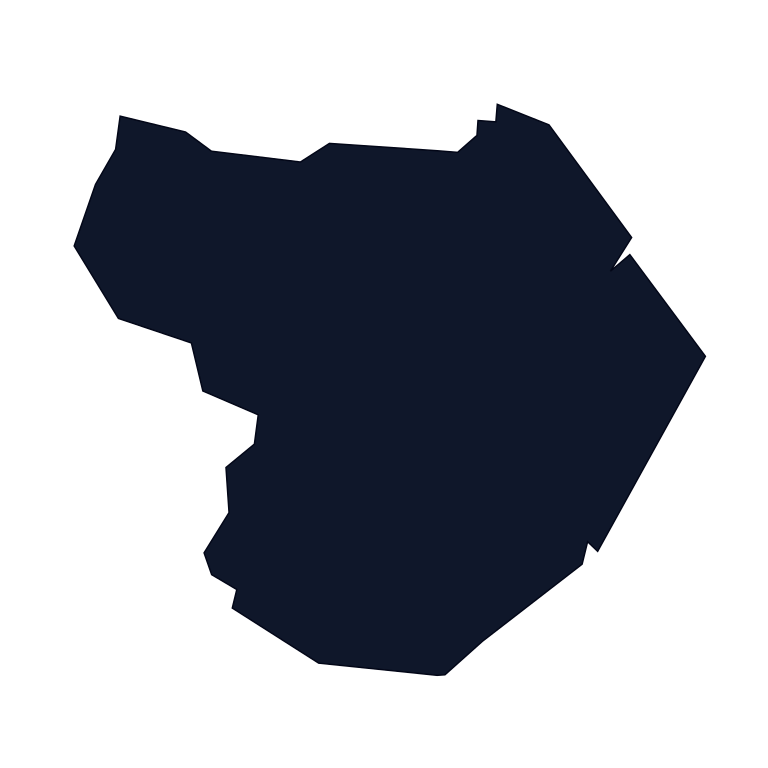 Lumpkin, Georgia, United States of America, rotated 274°
{"feature_id": "52423323B56072812180276", "entity_name": "Lumpkin", "entity_type": "district", "adm_level": 2, "iso_a3": "USA", "parent_name": "United States of America", "parent_adm1": "Georgia", "projection": "natural_earth1", "projection_center": [-83.992, 34.58], "detail": "fine", "context": "isolated", "style": "filled", "palette": "ink", "viewbox_px": 768, "rotation_deg": 274, "n_neighbors": 0, "source": "geoboundaries", "source_scale": "gbopen_adm2", "svg_char_len": 634}
<svg xmlns="http://www.w3.org/2000/svg" viewBox="0 0 768 768"><g transform="rotate(274 384 384)"><path d="M101.0,338.3L97.1,457.3L98.2,465.1L134.2,500.1L218.1,594.2L240.9,598.1L232.0,608.8L434.0,702.7L530.2,620.2L512.2,601.9L547.4,620.8L654.0,530.5L670.9,477.5L653.3,477.3L653.4,459.4L638.2,459.4L637.4,458.3L620.2,441.3L620.4,421.4L620.2,312.8L599.6,285.1L604.2,195.6L621.5,168.5L632.8,102.1L599.3,99.9L563.0,82.3L500.1,65.3L430.9,114.5L411.5,189.0L364.4,203.8L344.5,260.7L315.0,258.9L289.7,232.2L244.9,238.4L203.0,216.3L181.8,225.4L168.7,251.5L149.9,248.3L101.0,338.3Z" fill="#0f172a" stroke="#020617" stroke-width="1.5"/></g></svg>